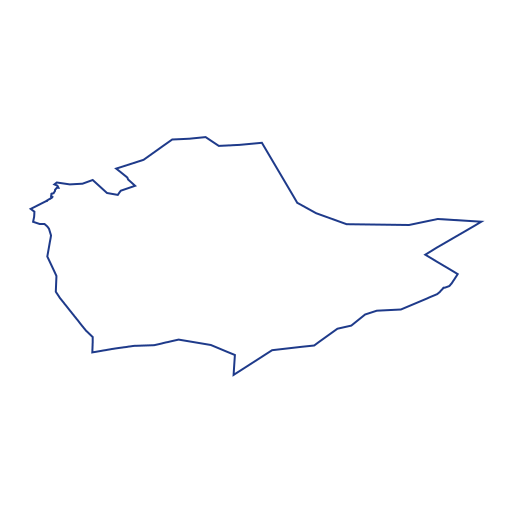 outline of Skjåk nor, Oppland, Norway
{"feature_id": "86288312B35215540023018", "entity_name": "Skjåk nor", "entity_type": "district", "adm_level": 2, "iso_a3": "NOR", "parent_name": "Norway", "parent_adm1": "Oppland", "projection": "natural_earth1", "projection_center": [7.74, 61.934], "detail": "fine", "context": "isolated", "style": "outline", "palette": "blue", "viewbox_px": 512, "rotation_deg": 0, "n_neighbors": 0, "source": "geoboundaries", "source_scale": "gbopen_adm2", "svg_char_len": 3393}
<svg xmlns="http://www.w3.org/2000/svg" viewBox="0 0 512 512"><path d="M56.8,182.5L54.4,184.4L57.3,185.6L57.7,186.2L58.2,187.2L58.5,187.8L58.0,187.8L56.9,187.7L56.7,187.9L56.2,188.5L55.7,189.1L55.3,189.5L55.1,189.7L55.1,190.1L55.0,190.5L55.0,191.0L54.7,191.4L54.4,191.9L53.6,193.2L53.3,193.2L53.0,193.4L52.5,193.5L51.9,193.5L51.6,193.7L51.3,194.0L51.3,194.3L51.4,194.6L51.4,194.9L51.4,195.1L51.4,195.3L51.4,195.6L51.2,195.9L51.0,196.1L51.1,196.5L51.5,196.7L51.9,196.8L52.4,197.0L52.2,197.4L51.9,197.6L51.5,197.9L51.3,198.1L50.9,198.1L50.5,198.4L50.1,198.7L50.0,198.9L49.9,199.0L49.4,199.1L49.2,199.2L49.0,199.3L48.9,199.4L48.7,199.5L48.3,199.7L48.0,199.9L47.8,200.1L47.5,200.3L47.0,200.5L46.7,200.7L46.8,201.0L46.5,201.1L46.3,201.1L45.8,201.3L45.6,201.4L30.7,208.9L34.4,211.7L34.3,214.2L34.2,215.8L34.1,217.0L33.1,221.8L39.7,224.0L44.5,224.0L46.9,226.1L47.8,227.1L49.0,228.8L51.0,235.4L51.0,235.6L50.6,238.1L50.0,241.3L49.9,241.8L48.6,249.2L47.3,256.5L54.6,272.0L56.4,275.9L56.4,277.1L55.8,291.7L56.6,293.0L57.2,293.8L57.8,294.8L58.4,295.6L59.0,296.6L59.6,297.5L59.9,298.0L60.9,299.2L61.7,300.2L62.4,301.1L62.9,301.7L63.9,302.9L64.5,303.8L65.2,304.6L66.1,305.7L66.8,306.6L67.6,307.6L68.7,309.0L69.4,309.9L70.1,310.8L70.8,311.6L71.5,312.5L72.2,313.4L73.0,314.4L73.7,315.2L74.4,316.2L75.1,317.0L75.6,317.7L75.7,317.8L75.8,317.8L76.4,318.7L77.3,319.7L78.7,321.5L79.9,323.1L80.7,324.1L81.5,325.1L82.1,325.9L82.9,326.8L84.3,328.6L84.7,329.0L85.1,329.5L85.7,330.3L86.0,330.7L86.6,331.2L88.2,332.7L89.2,333.7L90.8,335.2L91.8,336.2L92.7,337.0L92.7,337.9L92.7,338.2L92.7,339.9L92.7,340.9L92.7,342.0L92.7,342.7L92.6,344.0L92.6,345.2L92.5,347.1L92.5,348.0L92.4,349.5L92.4,350.5L92.4,351.0L92.3,352.4L93.4,352.2L95.4,351.9L98.2,351.4L101.1,350.9L103.2,350.5L105.9,350.1L107.4,349.8L110.4,349.3L111.9,349.0L113.4,348.8L115.2,348.5L119.4,347.9L122.5,347.5L123.7,347.3L125.6,347.1L127.0,346.9L128.5,346.6L130.4,346.4L132.9,346.0L134.0,345.9L134.8,345.8L136.3,345.8L139.6,345.7L141.8,345.6L145.0,345.5L151.1,345.3L154.1,345.2L159.1,344.1L162.1,343.4L162.7,343.2L166.0,342.4L167.7,342.1L168.2,342.0L168.5,341.9L172.8,340.9L178.6,339.6L193.0,342.0L206.1,344.2L210.9,345.0L211.3,345.2L212.3,345.6L217.8,347.9L227.1,351.8L234.2,354.7L234.9,355.0L234.3,363.9L233.6,374.9L272.1,350.2L301.7,346.8L314.2,345.5L318.9,342.0L337.3,328.8L337.5,328.7L351.3,325.6L365.1,314.5L376.8,310.7L400.9,309.5L427.0,298.5L428.9,297.6L431.0,296.7L433.7,295.6L435.4,294.9L436.5,294.4L437.1,294.2L439.9,291.9L440.1,291.6L440.6,291.0L441.8,289.7L442.0,289.5L442.2,289.3L442.3,289.3L442.4,289.2L442.6,288.9L443.1,288.3L443.3,288.2L443.3,287.9L443.6,287.7L444.8,287.7L445.6,287.4L446.5,287.1L449.2,286.1L449.5,285.8L450.1,285.3L450.2,285.2L450.4,284.7L450.6,284.5L450.8,284.3L451.2,283.9L451.4,283.6L451.6,283.5L451.7,283.3L452.7,281.8L453.1,281.1L453.4,280.7L453.9,280.0L457.4,274.6L457.7,274.1L454.1,271.9L436.9,261.7L425.3,254.7L436.8,247.6L474.8,225.6L481.3,221.7L437.7,219.0L409.0,225.0L346.6,224.2L316.1,213.2L298.0,203.2L297.3,202.9L293.4,196.2L261.9,142.8L239.3,144.9L232.8,145.2L231.4,145.3L230.1,145.4L228.7,145.4L227.2,145.5L218.8,145.9L205.6,137.1L192.5,138.4L189.6,138.7L181.3,139.1L172.2,139.5L166.1,143.8L163.1,145.9L143.6,159.8L116.2,168.6L127.3,177.5L128.1,179.5L135.1,185.8L120.8,190.7L119.5,192.4L117.8,194.9L107.0,193.0L92.7,180.0L82.5,183.7L69.8,184.4L56.8,182.5Z" fill="none" stroke="#1e3a8a" stroke-width="2"/></svg>